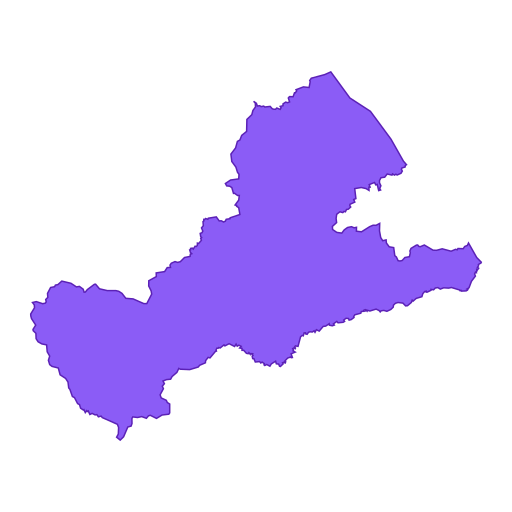 the district of Pa Bon, Phatthalung, Thailand
{"feature_id": "78962969B61161891494947", "entity_name": "Pa Bon", "entity_type": "district", "adm_level": 2, "iso_a3": "THA", "parent_name": "Thailand", "parent_adm1": "Phatthalung", "projection": "mercator", "projection_center": [100.157, 7.236], "detail": "fine", "context": "isolated", "style": "filled", "palette": "violet", "viewbox_px": 512, "rotation_deg": 0, "n_neighbors": 0, "source": "geoboundaries", "source_scale": "gbopen_adm2", "svg_char_len": 6054}
<svg xmlns="http://www.w3.org/2000/svg" viewBox="0 0 512 512"><path d="M253.6,101.3L255.3,103.1L255.5,106.9L252.9,110.5L251.8,114.7L246.9,119.4L246.6,131.4L241.7,135.4L239.9,140.0L237.4,141.4L235.6,147.9L230.9,154.1L231.8,161.5L235.9,167.1L237.5,172.3L239.0,174.3L238.7,178.9L230.6,180.0L225.4,183.5L226.7,185.9L229.7,186.2L231.8,187.6L233.5,193.4L234.4,193.2L237.6,195.5L239.3,195.5L238.7,200.1L235.1,205.0L236.7,205.5L236.6,206.3L238.7,207.7L239.9,214.5L230.1,217.8L230.0,218.7L226.2,219.3L225.3,221.2L223.5,222.0L221.4,220.8L219.2,220.9L216.3,216.9L208.3,218.2L207.8,219.3L205.5,218.5L204.6,219.6L203.8,219.4L203.7,221.2L203.0,221.6L203.3,225.7L201.5,227.9L202.8,231.1L202.0,232.7L200.2,233.4L200.7,236.6L201.6,237.6L200.7,238.4L201.4,240.3L198.6,243.5L197.4,243.1L197.3,245.5L196.2,246.5L195.1,246.2L193.2,249.1L192.3,248.1L190.6,248.4L190.6,249.7L189.7,249.9L190.4,252.4L191.7,253.7L190.3,254.2L190.1,256.4L184.5,257.5L180.3,261.7L177.6,262.4L175.0,261.6L171.3,263.2L170.0,265.1L170.5,267.4L167.2,267.6L164.6,271.6L156.2,272.9L156.3,276.6L148.8,280.7L148.7,286.0L151.1,290.8L151.7,294.1L146.8,303.6L143.8,303.6L133.1,298.9L125.8,298.3L122.0,293.4L118.8,291.3L115.8,290.6L107.3,290.6L99.5,288.8L95.6,284.2L94.4,284.3L87.3,289.6L85.4,292.0L84.1,292.2L83.2,289.2L79.4,286.4L76.4,286.9L71.0,283.3L61.8,281.1L57.9,284.6L55.4,285.1L54.6,286.7L50.6,287.5L47.5,293.4L47.8,297.4L45.7,299.5L46.2,301.8L45.4,303.1L42.7,303.7L36.3,301.6L32.5,302.5L34.3,304.9L34.5,307.8L30.7,314.0L30.8,316.0L31.5,318.6L35.7,325.1L33.0,329.4L33.2,330.7L35.9,333.3L36.1,338.7L38.1,341.8L41.8,343.9L46.6,344.9L47.2,351.8L49.7,356.1L48.4,360.3L49.7,364.6L52.0,366.4L58.3,368.0L60.1,374.8L65.6,378.4L68.0,382.1L68.7,387.9L69.9,389.4L72.4,396.5L74.5,397.6L77.6,403.6L79.5,404.6L80.6,408.2L83.3,410.0L83.9,409.6L85.3,412.6L86.7,410.7L87.3,411.5L88.2,410.9L89.9,414.5L92.1,413.4L95.1,414.9L96.8,414.6L98.4,416.8L101.1,416.1L102.3,417.6L117.4,424.3L118.6,427.5L118.3,434.1L116.6,437.2L120.2,440.1L123.6,436.8L127.8,427.0L131.1,426.1L132.0,423.5L131.9,418.5L132.8,416.9L137.5,417.5L141.7,416.6L146.4,418.3L148.5,415.8L150.3,415.3L156.5,418.4L162.1,415.0L168.8,414.2L169.7,412.9L169.7,404.0L167.3,402.5L166.3,400.3L161.2,397.9L160.1,394.8L163.4,388.7L162.3,386.2L164.4,383.7L163.0,381.0L166.5,379.6L170.6,379.2L172.1,376.5L176.9,372.4L178.8,368.4L180.2,369.2L189.7,369.6L198.3,367.0L199.6,365.3L205.4,362.8L205.6,360.7L208.1,357.4L210.0,357.9L215.7,351.1L216.4,351.1L216.1,349.6L217.0,348.1L218.1,348.3L218.8,347.5L220.1,348.0L224.0,344.9L224.9,345.9L229.1,343.7L234.6,346.5L236.1,344.1L237.2,346.2L238.9,345.2L241.2,346.3L239.7,348.0L242.0,348.4L242.0,350.3L243.7,350.3L246.4,353.3L248.2,353.7L248.9,352.6L250.2,354.3L250.4,353.6L252.6,353.7L252.1,354.6L253.0,355.3L252.2,356.3L252.7,358.6L253.9,358.7L255.3,362.0L259.6,361.6L260.8,363.0L262.1,362.1L264.4,363.7L264.0,364.8L264.8,365.5L266.7,364.5L269.9,366.2L271.3,363.9L275.6,361.2L276.3,363.8L278.7,364.1L279.5,366.2L280.4,366.5L283.1,363.9L282.5,362.8L283.6,362.3L285.2,363.0L285.7,361.8L284.8,361.1L287.6,358.1L290.6,357.0L291.2,357.7L292.4,357.5L291.1,353.8L295.2,352.1L293.0,350.9L293.5,350.0L292.7,348.6L294.1,347.9L295.2,348.7L295.5,348.0L294.6,347.0L295.4,345.9L298.0,346.4L300.6,336.7L302.3,335.4L303.3,335.8L304.1,332.9L305.5,332.8L305.6,333.9L307.1,334.3L308.5,332.3L310.0,331.8L312.4,332.0L314.1,330.8L315.0,332.3L316.4,329.7L319.2,331.1L323.2,326.4L325.7,326.1L329.2,323.7L329.4,325.2L332.3,325.8L334.3,325.1L333.4,323.9L336.8,321.4L338.0,322.8L343.1,322.3L344.6,321.4L343.7,320.1L346.0,318.3L348.5,318.5L349.1,320.1L351.2,319.6L354.0,317.5L353.7,316.6L354.8,314.8L360.8,313.2L361.3,311.5L363.7,311.3L363.6,310.4L365.2,309.6L365.9,309.8L365.5,310.9L366.6,310.5L367.1,311.2L367.6,310.3L369.9,311.0L376.1,309.1L379.2,310.6L380.2,311.9L381.1,310.8L383.8,310.4L386.9,311.3L390.8,309.5L393.2,307.2L393.5,305.1L395.4,303.3L398.0,302.5L402.9,303.1L405.6,305.9L407.5,305.7L411.4,302.4L412.2,300.2L413.1,301.1L416.2,298.4L421.9,296.7L422.8,293.7L424.7,291.5L426.2,291.2L426.2,292.1L427.3,292.1L431.0,290.3L431.0,289.4L433.6,289.8L435.3,288.0L437.9,287.6L440.3,289.1L443.7,287.8L448.7,288.1L451.4,287.5L459.7,290.0L459.9,290.6L461.1,290.4L461.3,291.1L466.1,290.9L467.5,290.1L468.0,289.1L467.2,288.9L469.0,287.8L471.5,281.2L475.4,276.1L474.6,274.0L475.2,272.7L476.2,272.7L475.8,271.9L476.7,271.6L476.7,269.6L477.3,270.1L478.7,268.2L477.4,267.3L478.5,265.9L478.4,264.5L481.0,263.0L481.3,262.2L476.7,257.5L468.5,243.0L467.4,245.4L464.7,246.5L463.2,248.7L458.0,248.5L457.2,249.8L455.6,249.3L451.1,251.2L442.2,248.8L436.6,250.3L433.1,250.2L424.3,245.0L420.3,246.7L418.8,246.4L417.7,245.0L416.4,245.1L411.0,248.4L409.9,251.0L410.3,252.8L409.4,256.7L404.9,257.5L402.2,260.5L400.0,261.0L398.1,260.7L396.4,257.0L394.8,255.7L393.7,247.6L389.2,246.8L386.4,243.0L386.1,239.9L382.7,240.7L380.7,237.5L379.5,230.9L379.7,223.4L376.1,225.3L373.1,225.2L369.6,226.7L361.5,231.8L356.4,231.2L356.5,227.3L354.1,227.8L351.5,226.7L347.5,227.5L344.2,229.9L341.8,233.1L336.8,232.4L332.6,229.5L332.4,226.4L336.6,222.6L336.1,218.4L336.7,214.3L339.9,211.8L342.8,212.6L344.0,211.4L345.4,211.8L346.5,209.5L348.3,209.2L350.7,207.0L349.8,205.6L350.0,204.3L354.8,202.1L353.7,199.5L355.9,198.6L354.7,188.6L361.3,187.5L366.1,188.6L369.0,190.4L368.9,187.2L370.1,187.1L369.2,184.6L374.5,182.5L375.8,184.9L377.2,184.4L378.7,190.6L380.6,190.0L379.7,188.5L380.9,185.8L379.5,182.8L379.5,180.5L381.0,177.7L384.7,177.2L387.2,174.0L392.0,175.1L392.5,173.9L394.5,175.1L395.9,174.2L397.1,175.0L401.0,173.3L402.3,171.1L401.4,169.2L401.9,168.0L405.1,167.0L405.3,165.5L406.5,164.7L403.4,161.1L391.0,139.2L370.4,111.3L349.9,98.0L330.8,71.9L324.7,74.6L311.3,78.2L309.7,80.5L310.2,81.7L309.1,87.5L303.4,86.9L296.0,89.7L296.7,90.9L295.2,92.9L294.5,92.8L293.1,96.7L289.5,96.6L288.3,98.0L289.6,101.9L287.6,102.7L285.7,102.1L283.0,103.9L283.0,105.7L280.2,106.4L281.1,107.7L280.2,109.4L276.8,108.0L275.5,109.3L273.6,109.2L272.2,108.7L270.2,106.4L264.8,107.0L263.7,106.1L261.1,106.6L259.7,105.7L257.4,106.0L256.4,103.3L253.6,101.3Z" fill="#8b5cf6" stroke="#5b21b6" stroke-width="1.5"/></svg>